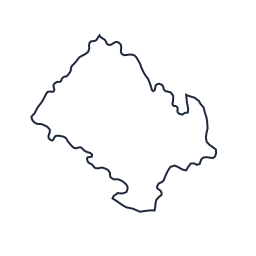 Nyasvizh, Minsk, Belarus (Mercator projection), rotated 209°
{"feature_id": "67162791B10653728732828", "entity_name": "Nyasvizh", "entity_type": "district", "adm_level": 2, "iso_a3": "BLR", "parent_name": "Belarus", "parent_adm1": "Minsk", "projection": "mercator", "projection_center": [26.624, 53.238], "detail": "fine", "context": "isolated", "style": "outline", "palette": "slate", "viewbox_px": 256, "rotation_deg": 209, "n_neighbors": 0, "source": "geoboundaries", "source_scale": "gbopen_adm2", "svg_char_len": 3034}
<svg xmlns="http://www.w3.org/2000/svg" viewBox="0 0 256 256"><g transform="rotate(209 128 128)"><path d="M64.8,68.6L66.0,72.5L67.3,75.0L68.4,78.9L67.4,83.1L66.3,85.3L66.9,87.3L69.0,88.9L72.8,89.3L74.1,90.5L74.3,92.9L74.1,94.8L72.3,96.8L71.4,99.3L72.1,104.9L72.4,109.6L72.1,114.5L69.0,117.8L65.7,118.1L59.8,118.1L56.7,119.1L56.4,124.0L55.9,127.3L53.1,129.1L50.0,129.1L47.9,131.2L48.7,136.1L47.7,138.7L45.3,140.5L43.5,141.2L39.2,142.8L38.1,145.3L38.7,148.7L40.7,151.8L44.1,152.3L48.7,152.8L52.6,154.1L55.4,157.7L56.9,161.6L58.2,166.2L61.8,171.9L64.7,175.5L68.3,178.8L71.9,182.7L76.2,184.2L79.1,186.0L84.5,186.8L88.9,185.8L92.7,185.2L93.2,185.2L90.5,181.4L88.8,178.8L86.9,176.7L85.1,174.4L84.2,173.1L83.2,170.5L83.8,170.1L85.5,168.9L86.0,168.0L86.9,166.1L90.2,165.2L92.4,166.0L93.3,167.3L93.4,168.2L94.3,169.6L95.9,170.3L97.1,170.3L98.4,169.6L99.2,169.5L101.0,170.6L101.3,172.6L102.0,173.9L102.7,175.7L104.1,178.1L107.6,179.7L108.9,179.6L110.9,179.1L113.2,178.4L115.4,179.1L116.9,180.9L119.1,182.2L122.1,181.9L123.7,180.5L124.4,178.6L123.8,176.8L123.0,174.4L123.8,172.4L125.7,172.9L127.2,174.6L130.3,177.5L132.9,179.6L134.4,180.8L137.8,182.2L141.8,184.5L145.7,187.4L148.8,190.2L155.0,193.9L157.4,194.6L159.7,194.2L161.3,193.5L162.8,192.6L164.2,191.5L166.5,189.9L168.8,189.7L170.3,190.4L171.8,192.2L172.9,195.2L175.0,197.6L178.1,198.2L180.1,197.6L181.7,195.5L182.8,193.1L184.9,191.3L187.3,191.4L189.3,192.9L190.8,193.8L192.5,194.0L194.6,194.1L196.4,194.4L197.7,195.0L197.8,195.1L198.1,193.2L198.2,189.8L199.0,188.3L200.9,186.9L202.7,185.4L202.9,184.0L202.2,181.2L201.1,179.9L200.3,178.4L199.8,175.4L200.5,173.4L201.6,171.3L203.5,168.5L204.8,166.3L205.3,163.7L205.6,161.2L206.3,158.1L207.0,156.0L207.2,153.8L206.5,151.9L205.7,149.5L206.1,146.1L206.8,143.3L208.3,142.3L209.3,140.9L209.8,138.8L209.3,137.1L209.7,135.6L211.2,134.6L212.6,133.7L213.8,131.4L214.0,129.4L213.2,128.2L212.0,126.9L211.0,125.8L210.7,124.1L211.6,123.0L213.0,122.5L214.1,121.9L215.9,120.6L216.1,118.7L215.9,109.7L216.5,105.5L217.0,102.8L217.0,100.4L216.8,95.8L217.5,93.1L217.9,91.3L216.9,89.7L215.8,88.9L215.2,88.4L212.7,87.5L210.1,87.4L208.2,88.1L206.7,89.0L204.7,89.6L201.1,89.9L199.0,89.9L195.8,88.8L194.8,87.4L194.3,86.0L194.1,84.1L193.4,81.9L192.6,80.8L191.1,80.2L188.8,80.0L188.2,80.4L187.7,81.7L187.8,83.7L187.6,85.6L186.2,87.0L183.7,88.0L181.9,88.7L179.2,89.3L176.7,88.8L174.4,87.2L172.1,86.4L169.5,85.3L165.8,84.4L163.4,85.1L162.7,86.1L160.8,87.7L159.6,88.2L157.8,87.9L155.9,87.1L153.1,87.1L151.7,87.2L149.0,87.9L146.6,87.4L145.8,85.4L147.7,83.9L149.0,82.8L149.1,81.4L147.3,79.4L145.9,78.6L144.0,78.5L142.0,78.7L138.4,77.2L136.9,77.2L134.6,78.2L133.2,79.5L131.4,80.9L128.7,81.4L126.4,81.6L124.6,81.4L121.9,79.9L121.2,78.5L119.8,76.7L117.6,76.2L115.3,76.2L113.5,77.5L111.7,78.3L109.1,78.7L106.3,78.7L102.3,77.8L100.3,76.7L99.0,75.0L98.3,71.4L100.0,69.1L101.7,67.7L103.7,66.8L105.5,66.1L106.2,64.3L107.6,61.7L107.4,58.9L102.3,58.6L95.0,57.8L91.0,57.8L84.6,59.8L76.9,60.6L71.7,64.6L66.9,67.8L64.8,68.6Z" fill="none" stroke="#1e293b" stroke-width="2"/></g></svg>